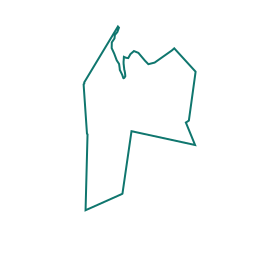 Beausejour/Myers Bridge, Soufrière, Saint Lucia (Robinson projection), rotated 124°
{"feature_id": "8701671B90029568380485", "entity_name": "Beausejour/Myers Bridge", "entity_type": "district", "adm_level": 2, "iso_a3": "LCA", "parent_name": "Saint Lucia", "parent_adm1": "Soufrière", "projection": "robinson", "projection_center": [-61.036, 13.822], "detail": "fine", "context": "isolated", "style": "outline", "palette": "teal", "viewbox_px": 256, "rotation_deg": 124, "n_neighbors": 0, "source": "geoboundaries", "source_scale": "gbopen_adm2", "svg_char_len": 809}
<svg xmlns="http://www.w3.org/2000/svg" viewBox="0 0 256 256"><g transform="rotate(124 128 128)"><path d="M49.9,191.6L49.5,193.1L114.6,189.8L115.6,189.1L116.6,189.2L118.2,188.0L155.7,158.8L155.9,158.0L219.9,117.2L185.9,96.0L185.5,95.9L128.7,123.3L104.6,62.9L91.1,83.1L89.6,82.4L87.8,81.7L44.0,103.2L43.5,103.5L36.1,134.2L39.2,135.0L58.9,142.5L63.7,146.8L62.7,151.6L59.9,161.4L60.9,166.1L65.4,167.3L69.9,166.9L70.9,168.9L71.3,171.2L71.5,171.1L73.3,170.0L75.6,168.7L77.7,167.2L78.1,166.7L78.6,166.4L80.4,164.8L81.9,163.6L82.2,163.1L83.5,161.8L83.8,161.5L85.3,160.2L86.6,159.2L88.3,159.1L88.9,159.3L89.2,159.5L89.2,159.8L87.1,162.6L84.4,167.3L82.9,168.5L79.9,171.2L78.2,175.2L74.0,181.1L70.9,186.2L66.1,189.3L61.3,189.3L58.2,190.9L54.4,190.5L49.9,191.6Z" fill="none" stroke="#0f766e" stroke-width="2"/></g></svg>